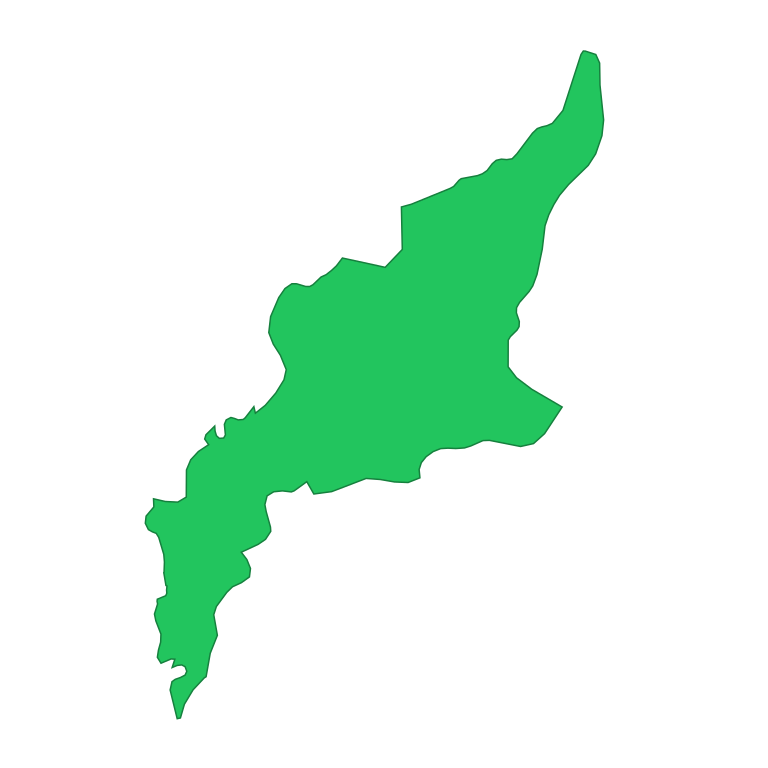 the border of Iloilo, rotated 167°
{"feature_id": "PHL-2529", "entity_name": "Iloilo", "entity_type": "Province", "adm_level": 1, "iso_a3": "PHL", "parent_name": "Philippines", "parent_adm1": "", "projection": "orthographic", "projection_center": [122.71, 11.03], "detail": "fine", "context": "isolated", "style": "filled", "palette": "green", "viewbox_px": 768, "rotation_deg": 167, "n_neighbors": 0, "source": "natural_earth", "source_scale": "10m", "svg_char_len": 2427}
<svg xmlns="http://www.w3.org/2000/svg" viewBox="0 0 768 768"><g transform="rotate(167 384 384)"><path d="M327.2,552.6L317.0,553.0L275.6,559.7L271.7,560.8L265.1,565.6L262.6,566.7L246.0,566.0L240.8,566.7L235.5,568.8L228.8,574.4L224.3,576.7L219.1,576.7L213.8,575.0L208.5,574.6L202.7,578.4L182.9,595.0L177.2,598.4L172.4,599.0L167.4,599.0L161.3,600.1L148.1,610.3L117.9,660.8L114.9,663.6L113.0,663.1L103.5,657.4L101.7,648.2L106.3,626.7L110.6,591.9L115.8,576.9L126.0,560.6L135.8,551.1L159.2,536.9L170.5,528.4L178.1,520.7L185.4,511.8L191.5,502.0L199.5,479.7L210.3,456.3L217.0,446.1L221.9,441.4L233.6,433.0L237.7,428.5L239.0,423.6L238.1,414.4L239.5,409.5L242.3,406.6L250.3,401.7L253.1,398.8L259.2,372.8L253.5,360.3L241.3,345.7L215.6,321.5L238.7,299.5L251.7,292.3L265.0,292.4L294.0,305.4L300.3,306.6L313.4,304.1L319.9,303.6L328.6,305.0L336.1,307.1L343.3,308.3L351.3,307.1L359.3,303.7L365.3,299.0L369.0,292.8L370.1,284.5L382.7,282.6L395.8,286.2L409.1,291.8L422.7,296.0L459.2,290.9L477.1,292.6L481.2,306.2L495.6,300.1L498.6,299.7L507.0,302.7L515.7,303.8L523.1,301.3L527.2,293.3L527.5,286.2L526.8,270.2L527.5,265.9L534.4,259.3L542.6,256.1L560.9,252.2L557.1,243.8L555.6,234.3L558.5,226.3L567.6,222.5L577.2,220.5L584.1,216.3L597.4,204.9L601.8,197.5L602.9,176.6L613.9,160.7L623.2,138.8L625.2,138.1L638.8,129.0L650.5,116.9L657.5,104.4L660.8,104.4L661.2,134.0L657.5,141.7L653.8,143.2L648.4,143.8L643.3,145.1L640.8,148.4L641.4,153.3L644.3,155.8L648.9,156.3L654.2,155.4L649.7,162.9L653.4,164.0L664.1,162.1L666.3,168.7L663.6,175.5L659.7,182.7L657.6,190.5L659.6,204.6L659.4,211.5L654.1,220.6L654.0,223.3L653.3,225.3L644.3,226.8L642.7,229.0L642.2,232.2L640.9,236.0L641.8,236.7L641.0,249.8L640.6,250.3L638.0,259.9L636.9,267.5L638.0,285.2L639.5,289.7L642.9,292.0L646.3,295.1L647.9,302.0L645.5,308.8L635.9,316.0L634.4,324.0L623.5,318.7L611.5,315.3L602.1,318.3L595.8,344.7L589.4,353.6L580.0,360.0L568.5,364.3L571.1,370.7L568.9,374.6L558.4,381.1L559.2,376.1L558.9,371.3L556.7,368.1L552.4,367.4L550.0,370.0L548.6,380.6L545.8,384.5L540.7,385.8L537.5,384.1L534.1,381.8L529.1,381.1L526.7,382.4L515.9,391.2L515.9,384.5L504.5,389.9L491.5,399.5L480.5,410.6L476.0,420.0L478.5,435.3L482.9,447.7L484.7,460.0L479.3,475.2L467.1,491.9L459.0,499.3L451.2,502.4L446.6,501.3L438.5,496.7L434.5,495.7L430.9,496.7L421.3,502.4L415.9,503.5L409.7,506.4L403.8,509.8L396.2,516.1L356.6,497.4L335.9,511.0L327.2,552.6Z" fill="#22c55e" stroke="#15803d" stroke-width="1.5"/></g></svg>